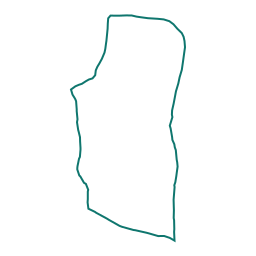 Gee, Grand Kru, Liberia
{"feature_id": "62588387B93003043713282", "entity_name": "Gee", "entity_type": "district", "adm_level": 2, "iso_a3": "LBR", "parent_name": "Liberia", "parent_adm1": "Grand Kru", "projection": "mercator", "projection_center": [-8.155, 4.936], "detail": "fine", "context": "isolated", "style": "outline", "palette": "teal", "viewbox_px": 256, "rotation_deg": 0, "n_neighbors": 0, "source": "geoboundaries", "source_scale": "gbopen_adm2", "svg_char_len": 1450}
<svg xmlns="http://www.w3.org/2000/svg" viewBox="0 0 256 256"><path d="M172.4,117.1L171.9,114.7L172.1,110.4L173.6,103.8L175.2,95.4L176.0,91.1L176.6,89.2L178.3,83.5L179.6,77.3L181.8,69.9L183.0,61.6L184.2,52.9L185.0,47.2L184.5,41.0L183.6,36.8L181.8,33.1L177.4,28.8L173.4,24.2L172.3,23.4L169.4,21.2L163.7,19.4L157.7,18.8L148.0,18.2L140.5,17.2L136.5,16.6L131.8,15.5L126.3,15.4L118.6,15.7L110.5,15.6L108.2,18.3L107.8,23.4L107.6,28.8L106.4,41.0L106.1,42.9L105.3,48.9L104.5,52.6L101.9,58.8L99.4,63.4L97.4,66.7L95.8,70.3L95.5,72.7L95.2,75.2L92.5,78.4L88.9,79.5L85.9,81.2L81.9,83.8L78.9,84.8L75.4,86.3L71.7,89.0L71.0,89.5L72.5,94.6L74.5,97.8L75.3,99.2L76.1,101.2L76.7,109.2L76.7,111.1L77.5,119.3L77.0,122.2L78.2,130.0L78.7,131.8L80.0,137.2L80.1,141.3L80.5,148.0L80.5,149.7L79.9,156.9L79.0,158.8L78.2,162.8L77.5,166.2L77.3,168.1L77.3,169.5L79.3,175.5L80.3,176.4L84.0,182.8L85.9,183.9L88.2,189.8L87.8,191.6L87.8,199.1L87.6,202.4L88.4,208.7L95.0,211.9L96.2,212.8L106.9,218.6L109.3,220.1L119.6,225.9L122.0,226.8L133.5,230.0L135.2,230.2L146.3,232.7L148.6,233.3L158.3,236.1L160.6,236.0L164.2,236.0L169.8,237.9L174.5,240.6L174.1,231.9L174.3,229.1L174.1,220.3L173.7,218.0L173.9,210.2L173.8,207.4L173.6,199.7L173.7,198.4L174.6,187.0L174.3,185.2L175.3,182.3L176.3,176.2L176.7,173.1L177.6,166.6L177.2,162.3L176.7,159.7L175.8,150.1L174.8,147.3L174.3,144.2L172.4,139.9L172.1,137.0L170.6,128.3L169.8,125.7L172.4,117.1Z" fill="none" stroke="#0f766e" stroke-width="2"/></svg>